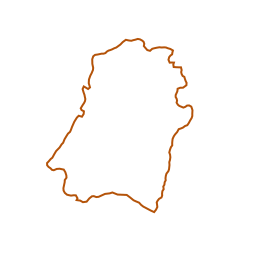 outline of Mãe do Rio, Pará, Brazil, rotated 34°
{"feature_id": "56859067B65028667685767", "entity_name": "Mãe do Rio", "entity_type": "district", "adm_level": 2, "iso_a3": "BRA", "parent_name": "Brazil", "parent_adm1": "Pará", "projection": "albers", "projection_center": [-47.512, -1.99], "detail": "fine", "context": "isolated", "style": "outline", "palette": "amber", "viewbox_px": 256, "rotation_deg": 34, "n_neighbors": 0, "source": "geoboundaries", "source_scale": "gbopen_adm2", "svg_char_len": 2518}
<svg xmlns="http://www.w3.org/2000/svg" viewBox="0 0 256 256"><g transform="rotate(34 128 128)"><path d="M125.7,216.5L129.0,214.9L132.1,214.7L134.9,212.2L135.3,208.0L136.3,204.8L137.8,203.6L140.3,203.0L142.1,201.5L145.8,195.5L149.4,192.4L151.1,190.2L156.6,189.0L164.4,184.2L168.6,184.4L173.0,184.8L175.5,184.4L179.0,183.7L181.8,184.4L184.6,184.6L193.1,183.7L196.7,183.1L196.9,180.0L196.5,177.1L194.7,175.0L193.4,173.6L193.2,171.6L193.4,169.3L194.6,166.9L194.1,164.9L192.9,163.3L191.8,161.1L191.8,158.8L190.0,156.8L189.9,154.7L188.7,152.4L188.5,150.3L187.2,148.7L186.1,146.5L185.4,144.3L185.6,141.3L185.1,139.3L183.1,135.5L181.3,133.2L180.7,131.1L179.5,128.6L177.8,126.6L175.9,125.2L174.9,122.3L174.3,119.8L174.4,117.7L173.0,115.7L172.0,113.9L171.1,112.1L170.6,109.3L170.6,107.1L171.0,103.9L170.7,100.6L171.9,99.1L173.3,97.0L174.2,94.4L175.6,92.5L175.6,89.8L175.3,86.9L175.2,84.2L174.6,82.1L173.3,80.2L171.5,77.2L170.0,76.0L168.5,74.9L166.1,75.1L164.4,76.4L163.7,78.4L162.5,80.1L158.2,81.0L156.3,80.8L154.1,79.8L153.4,77.9L151.9,76.5L150.2,75.7L149.1,74.0L148.4,70.0L147.2,67.7L148.8,65.4L151.1,63.8L152.5,59.9L151.3,57.8L149.5,56.8L147.9,55.6L146.1,54.1L144.2,54.3L142.2,53.2L140.8,51.9L140.1,50.0L138.0,48.1L134.6,50.3L131.8,51.9L130.1,50.1L129.5,48.1L127.6,49.3L126.0,50.5L123.4,48.8L122.5,46.2L122.7,44.1L123.4,42.3L122.6,40.6L121.9,38.6L118.9,38.8L116.4,39.6L114.5,40.0L112.9,40.9L110.8,42.5L108.9,43.5L106.9,45.4L105.1,47.3L103.8,48.8L103.1,51.7L100.4,52.6L97.4,51.8L95.3,51.2L94.4,49.1L92.7,47.8L90.8,47.6L88.4,47.8L86.3,48.7L84.6,50.8L83.2,52.3L82.0,53.8L79.9,54.9L76.9,56.1L75.6,59.7L75.0,63.1L73.3,67.8L72.0,69.6L70.9,71.6L69.8,73.2L68.5,74.8L67.7,76.6L67.4,78.5L66.2,80.0L64.5,81.2L61.7,84.1L59.8,85.8L59.1,88.0L59.9,91.0L62.6,94.8L65.5,97.6L66.5,99.5L67.2,103.0L67.5,105.7L68.5,109.6L70.4,112.8L73.8,115.6L73.1,118.0L70.6,118.1L68.1,118.3L68.6,121.1L71.5,123.5L73.3,124.8L74.7,126.2L76.4,127.8L77.3,129.7L77.6,131.8L77.6,134.3L77.8,138.1L79.5,139.1L82.1,138.8L83.4,141.2L83.5,144.4L80.3,145.4L79.8,148.0L80.0,152.9L81.0,158.5L81.7,161.3L82.1,163.6L81.4,166.2L81.5,169.2L81.7,172.9L82.5,176.5L82.1,178.7L82.2,182.4L81.3,187.3L81.5,190.7L81.9,195.0L81.3,196.8L80.9,200.2L80.5,202.3L81.8,204.1L83.9,204.7L86.2,204.7L88.4,205.2L90.1,204.5L91.8,201.8L94.1,200.0L98.0,198.4L100.8,199.7L103.4,201.8L104.8,203.6L104.7,206.5L105.8,208.3L108.1,214.0L109.6,215.9L111.9,217.1L114.7,217.4L116.4,216.8L118.6,215.9L120.5,214.2L122.4,213.0L125.4,214.5L125.7,216.5Z" fill="none" stroke="#b45309" stroke-width="2"/></g></svg>